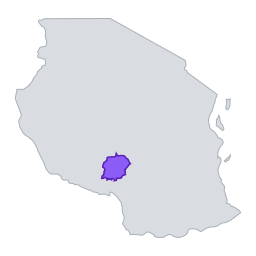 location of Mbarali, Mbeya, United Republic of Tanzania
{"feature_id": "72390352B36245556910711", "entity_name": "Mbarali", "entity_type": "district", "adm_level": 2, "iso_a3": "TZA", "parent_name": "United Republic of Tanzania", "parent_adm1": "Mbeya", "projection": "orthographic", "projection_center": [34.247, -8.278], "detail": "fine", "context": "in_parent", "style": "filled", "palette": "violet", "viewbox_px": 256, "rotation_deg": 0, "n_neighbors": 0, "source": "geoboundaries", "source_scale": "gbopen_adm2", "svg_char_len": 7555}
<svg xmlns="http://www.w3.org/2000/svg" viewBox="0 0 256 256"><path d="M88.9,190.2L85.6,188.5L82.6,187.4L80.1,186.3L79.0,185.1L76.7,184.7L74.7,184.5L72.9,183.5L69.1,183.1L68.7,182.4L68.6,180.8L67.9,180.4L66.6,180.0L65.1,180.0L64.2,180.2L63.7,180.1L62.4,179.2L61.3,178.0L60.8,176.2L59.1,174.9L57.1,174.0L51.5,174.1L50.7,173.9L49.3,172.9L47.8,171.3L46.5,169.6L45.4,167.1L44.3,163.8L37.8,150.7L37.1,148.2L35.8,145.4L33.8,142.1L31.6,139.6L28.6,137.3L25.3,135.1L23.5,133.6L20.0,127.4L19.3,124.5L18.7,121.5L18.9,120.3L21.0,116.4L21.3,115.3L21.0,113.8L19.9,110.7L18.5,107.0L15.8,100.2L15.4,98.5L15.4,97.2L16.9,90.3L16.9,89.3L23.3,89.4L28.0,86.3L32.0,81.7L32.8,79.8L34.5,76.9L36.1,75.4L36.7,74.4L37.6,71.5L39.8,69.5L41.8,68.0L41.4,66.9L41.7,66.5L42.9,65.8L45.1,65.0L45.5,63.5L45.5,61.8L45.1,60.8L45.2,59.7L44.8,59.1L43.4,59.0L41.2,58.1L39.4,57.8L38.2,57.3L37.8,56.9L37.6,55.9L38.6,53.3L37.6,52.2L39.8,47.8L40.2,47.2L41.0,47.2L42.3,46.7L43.5,46.5L44.4,46.6L45.2,46.4L45.8,45.9L46.3,44.4L46.8,42.0L46.5,39.9L45.6,38.4L45.3,36.0L45.7,32.8L45.4,30.2L44.4,28.0L43.3,26.8L41.7,26.2L39.2,23.0L38.4,21.4L38.6,20.5L39.4,20.0L41.0,20.2L42.6,19.8L44.0,18.9L45.3,18.6L46.1,18.7L110.2,18.5L185.1,60.3L185.4,60.8L186.0,64.4L185.9,65.7L184.7,67.7L184.4,68.8L184.4,69.5L184.6,69.8L185.6,70.0L186.5,70.5L186.8,70.8L187.4,72.4L188.2,73.2L216.5,94.0L217.1,94.3L216.7,96.0L215.1,100.2L215.0,101.9L214.3,103.9L213.7,105.3L212.0,111.1L210.6,113.3L208.7,118.4L208.4,122.4L209.4,125.1L209.8,127.7L211.9,130.3L213.7,131.2L214.8,132.4L216.9,135.1L218.1,137.7L221.8,139.1L223.2,142.1L222.7,144.1L220.9,145.8L219.3,148.5L217.9,152.1L217.8,157.7L218.7,156.8L220.7,158.2L220.9,162.3L218.8,167.0L218.1,169.2L218.0,171.1L219.4,176.8L221.6,179.7L221.4,180.6L220.8,181.4L224.6,186.5L224.2,191.0L225.6,194.4L226.2,197.4L227.1,199.7L227.2,201.3L226.0,203.1L228.8,203.6L230.4,205.0L231.1,206.4L233.1,206.4L234.2,207.3L235.8,208.1L239.2,210.5L240.1,211.7L240.6,212.8L231.0,219.9L227.5,221.8L225.1,222.6L222.4,223.0L219.9,224.2L217.5,225.9L214.5,226.8L210.8,226.8L206.9,228.0L200.8,231.7L197.3,229.6L194.6,228.9L191.4,228.9L189.4,229.1L188.7,229.6L188.1,230.9L187.5,233.0L185.4,235.0L181.7,236.9L178.3,237.5L175.3,237.0L173.2,236.2L172.1,235.1L170.5,234.6L168.4,234.6L166.3,235.4L164.3,236.9L161.2,237.5L157.0,237.3L154.7,236.6L154.4,235.3L152.5,233.8L149.1,232.1L146.6,232.1L144.9,233.7L143.5,234.7L142.1,235.1L140.9,235.2L139.2,234.7L134.5,234.5L130.0,234.6L129.5,232.3L128.6,230.8L127.8,230.0L126.3,229.8L125.8,229.1L125.3,227.7L124.6,226.4L123.6,225.4L122.9,224.4L122.7,223.5L122.9,222.6L123.8,220.2L124.1,218.5L124.0,216.8L123.5,215.1L122.5,213.1L122.6,212.5L122.2,211.1L122.2,210.1L122.4,208.9L122.2,207.2L121.3,203.8L121.3,202.9L120.3,201.3L117.3,197.3L117.2,196.8L112.5,192.8L110.6,192.0L109.9,192.7L109.7,193.4L109.9,194.7L109.8,195.3L109.6,195.6L108.5,195.6L107.8,195.4L106.0,194.4L104.6,194.1L101.2,194.3L100.0,194.5L99.0,194.3L97.2,192.5L95.1,192.1L93.1,192.0L90.0,190.0L88.9,190.2ZM222.4,124.7L223.9,129.1L223.7,129.9L222.6,130.4L222.1,130.4L221.4,129.7L220.9,128.2L220.1,128.6L218.7,126.8L217.3,126.7L216.1,124.6L216.6,122.7L216.3,119.6L217.8,118.1L218.7,115.4L219.7,117.2L219.9,120.1L221.2,123.5L222.4,124.7ZM230.1,98.8L230.3,99.9L229.9,100.8L230.0,103.9L229.8,106.0L228.6,108.8L227.7,109.8L226.9,109.5L226.2,109.0L225.6,108.2L226.8,103.0L226.2,99.2L228.4,99.6L230.1,98.8ZM226.3,161.7L225.3,161.9L224.8,161.6L224.2,160.8L225.3,160.1L226.5,158.7L229.1,156.6L230.4,155.0L230.2,156.6L228.7,160.1L227.4,160.3L226.3,161.7Z" fill="#d9dde1" stroke="#a8b0b8" stroke-width="1"/><path d="M116.2,153.5L115.7,156.1L115.7,156.3L115.3,156.6L115.2,156.6L114.7,156.7L114.5,156.8L114.2,156.8L113.3,156.9L113.1,156.9L112.5,156.8L112.0,156.8L111.5,156.8L111.2,156.9L110.7,157.0L110.3,157.0L110.2,157.0L109.8,157.0L109.5,157.1L109.3,157.1L109.2,157.1L108.8,157.1L108.4,157.2L108.2,157.2L107.8,157.2L107.7,157.3L107.3,157.6L107.2,157.7L107.1,157.8L107.1,158.0L107.0,158.4L107.0,158.5L107.0,158.8L107.0,159.1L107.0,159.8L107.0,160.1L106.9,160.2L106.7,160.4L106.6,160.6L106.4,160.8L106.1,161.0L105.8,161.1L105.6,161.2L105.6,161.4L105.4,161.7L105.1,161.8L104.9,162.0L104.4,162.4L104.2,162.6L103.8,162.7L103.7,162.8L103.7,163.1L103.7,163.4L103.7,163.5L103.4,164.1L103.4,164.3L103.2,164.5L103.1,164.8L103.0,165.1L102.9,165.2L102.9,165.3L102.9,165.6L102.8,165.8L102.8,166.0L102.8,166.6L102.8,166.8L102.8,167.2L103.0,167.2L103.0,167.3L103.5,167.5L103.8,167.8L104.0,167.9L104.0,168.0L104.1,168.3L104.5,168.5L104.8,169.0L104.8,169.3L104.8,169.5L104.8,169.8L104.8,170.2L104.8,170.3L104.7,170.4L104.6,170.5L104.3,170.8L104.3,171.0L104.2,171.2L104.2,171.3L104.2,171.6L104.2,171.8L104.1,172.1L104.1,172.3L104.1,172.5L103.9,172.8L103.9,173.3L103.9,173.5L104.0,173.7L104.0,173.9L104.0,174.0L103.9,174.1L103.7,174.2L103.7,174.3L103.5,174.7L103.3,174.9L103.2,175.0L103.0,175.3L102.8,175.5L102.7,175.5L102.2,175.9L102.2,176.0L102.1,176.3L102.0,176.5L102.0,176.8L102.0,177.0L101.9,177.4L101.8,177.6L101.7,177.9L101.6,178.2L101.7,178.5L102.0,178.4L102.3,178.4L102.8,178.4L103.0,178.4L103.3,178.3L103.3,178.2L103.4,177.9L103.6,177.8L103.6,177.7L103.8,177.5L104.1,177.4L104.3,177.4L104.6,177.5L104.8,177.7L105.5,177.7L106.5,178.2L106.9,179.2L107.0,180.0L107.3,179.9L107.3,179.5L107.4,179.1L107.6,178.6L107.9,178.6L108.2,178.6L108.3,178.6L108.7,178.6L108.7,178.8L108.6,179.0L108.7,179.3L108.9,179.3L109.2,179.2L109.5,179.2L109.9,179.2L110.0,179.2L110.5,179.1L110.6,179.5L110.8,179.6L111.0,179.7L111.5,179.8L111.5,179.7L111.6,179.4L111.8,179.3L111.8,179.1L111.8,178.6L112.0,178.6L112.3,178.6L112.6,178.5L112.8,178.6L113.1,178.6L113.3,178.7L113.6,178.7L113.8,178.9L113.9,179.0L114.0,179.2L114.1,179.5L114.3,179.8L114.4,180.0L114.5,180.2L114.6,180.4L114.8,180.5L114.7,180.6L115.5,180.5L116.5,180.2L116.5,179.7L116.6,179.1L116.6,178.4L116.6,178.2L118.0,178.3L118.6,178.3L119.2,178.3L119.5,178.1L120.0,178.0L120.4,178.0L120.5,177.9L120.5,178.0L120.7,177.9L120.9,177.8L121.0,178.0L121.7,177.5L122.0,176.6L122.1,176.4L122.3,176.1L122.4,175.9L122.5,175.6L122.8,175.4L123.0,175.4L123.3,175.3L124.3,175.0L124.7,175.0L124.8,175.0L124.9,174.8L125.0,174.6L125.1,174.4L125.3,174.3L125.2,174.2L125.2,173.9L125.2,173.6L125.1,173.3L125.1,173.2L125.2,172.8L125.3,172.6L125.3,172.3L125.4,172.1L125.4,171.9L125.3,171.7L125.2,171.6L125.2,171.3L125.2,171.2L124.8,170.9L124.7,170.7L124.6,170.4L124.6,170.2L124.8,170.1L124.8,169.7L125.0,169.6L125.3,169.5L125.4,169.4L125.5,169.3L125.6,169.2L125.8,168.7L126.0,168.6L126.1,168.4L126.2,168.2L126.3,168.1L126.4,167.9L126.5,167.9L126.6,167.7L126.8,167.6L126.9,167.4L127.0,167.3L127.1,167.1L127.4,166.9L127.5,166.8L127.5,166.6L127.6,166.4L127.8,166.3L127.9,166.2L128.2,165.9L128.4,165.6L128.8,165.2L129.0,164.8L129.1,164.7L129.3,164.6L129.5,164.5L129.6,164.4L129.8,164.3L129.9,164.1L130.0,163.7L130.3,163.4L130.1,163.3L129.9,163.3L129.9,163.2L129.7,162.9L129.5,162.7L129.3,162.4L129.3,162.2L129.2,162.1L129.1,161.8L129.0,161.6L128.9,161.3L128.8,161.2L128.7,161.1L128.7,160.9L128.5,160.6L128.4,160.5L128.3,160.3L128.2,160.0L128.1,159.9L128.0,159.7L127.9,159.5L128.0,159.4L127.9,159.3L127.8,159.2L127.3,158.8L126.7,158.5L126.3,158.1L126.2,158.0L126.0,157.8L125.9,157.8L125.8,157.6L125.6,157.4L125.3,157.0L125.3,156.9L125.1,156.7L124.9,156.5L124.6,156.1L124.3,155.9L124.0,155.8L123.4,155.7L122.8,155.6L122.2,155.6L121.0,155.5L120.8,155.5L120.6,155.5L120.1,155.6L119.8,155.7L119.6,155.7L119.2,155.8L118.9,155.8L118.6,155.9L118.1,155.9L117.9,155.8L117.5,155.4L117.3,155.0L117.2,154.9L117.1,154.7L116.9,154.4L116.7,154.2L116.6,153.9L116.3,153.7L116.2,153.5Z" fill="#8b5cf6" stroke="#5b21b6" stroke-width="1.5"/></svg>